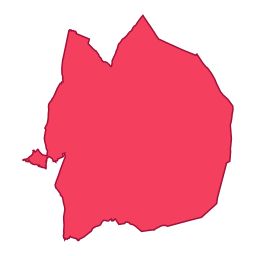 Amanalco, México, Mexico
{"feature_id": "50627088B28397416808425", "entity_name": "Amanalco", "entity_type": "district", "adm_level": 2, "iso_a3": "MEX", "parent_name": "Mexico", "parent_adm1": "México", "projection": "equal_earth", "projection_center": [-100.016, 19.256], "detail": "fine", "context": "isolated", "style": "filled", "palette": "rose", "viewbox_px": 256, "rotation_deg": 0, "n_neighbors": 0, "source": "geoboundaries", "source_scale": "gbopen_adm2", "svg_char_len": 5433}
<svg xmlns="http://www.w3.org/2000/svg" viewBox="0 0 256 256"><path d="M211.7,73.9L210.0,71.4L208.8,69.7L207.4,67.9L206.4,67.3L204.4,65.1L202.6,62.8L196.9,54.1L195.8,55.3L191.1,53.4L186.4,51.5L184.4,50.7L180.2,48.9L179.7,48.7L178.5,48.1L171.7,45.0L170.4,44.5L169.2,43.9L166.5,42.7L161.6,40.4L160.3,39.8L158.4,38.9L158.3,38.6L158.2,38.5L158.1,38.2L157.8,38.1L157.4,37.3L156.0,35.3L154.5,32.8L153.9,31.8L153.5,31.4L151.3,27.9L148.9,24.4L148.6,24.1L146.2,20.4L143.9,17.0L142.9,15.4L140.7,18.0L138.7,20.7L136.7,23.6L136.0,24.9L135.2,25.7L134.1,26.2L132.8,28.1L132.0,29.6L131.8,30.3L130.8,31.2L129.8,31.8L129.6,32.0L128.9,32.9L127.8,34.2L126.3,36.2L125.5,36.8L123.7,38.5L122.4,39.1L121.4,40.7L120.9,41.6L120.5,42.2L119.6,43.1L118.7,44.0L118.3,44.9L118.2,45.4L117.2,49.1L116.5,50.2L115.3,54.0L112.4,60.1L112.2,60.4L112.1,63.4L111.6,65.9L110.9,66.6L110.4,65.9L109.8,65.4L109.7,65.4L109.4,64.8L109.1,64.5L108.8,64.3L108.7,64.2L108.4,63.9L108.2,63.7L107.8,63.3L107.5,63.0L106.7,62.5L105.9,62.0L105.5,61.9L105.2,61.9L104.5,61.9L103.9,62.0L102.9,61.5L102.8,61.2L102.5,60.7L101.9,60.5L101.7,60.1L101.5,59.7L101.4,58.8L101.1,58.4L100.2,57.3L99.4,56.7L98.5,54.4L97.1,52.6L96.0,50.9L95.7,50.7L95.5,50.8L95.3,50.8L95.2,50.7L93.8,49.5L90.0,45.6L88.1,43.7L89.4,39.1L82.5,36.2L82.4,36.3L81.6,35.8L76.2,33.6L76.4,32.8L76.3,32.6L76.0,32.0L75.4,31.3L74.5,31.5L74.0,31.1L73.6,30.7L73.2,30.6L72.4,30.7L72.0,30.7L71.6,30.9L71.4,30.5L71.1,30.5L70.8,30.4L70.8,30.2L70.6,30.3L70.4,30.0L70.1,30.1L69.7,29.9L69.5,30.6L69.2,30.7L68.9,30.7L63.8,55.2L63.2,58.0L62.7,60.1L62.5,61.4L62.4,62.6L62.3,63.7L62.2,64.6L62.0,66.4L61.9,67.8L61.9,71.0L62.0,73.7L62.2,74.6L62.3,75.2L62.5,75.6L62.7,76.1L62.8,76.5L62.8,77.0L62.8,77.4L62.7,77.8L62.6,78.3L62.7,78.8L62.9,80.1L63.0,82.1L61.6,82.0L61.4,83.6L60.2,83.4L59.5,84.6L57.3,88.4L56.5,90.3L53.5,97.1L52.3,98.6L51.8,99.6L51.7,100.0L51.6,100.4L51.6,100.6L50.7,101.1L48.7,104.3L48.6,105.2L48.6,105.9L48.5,106.7L48.5,107.5L48.6,108.1L48.7,109.4L48.7,110.2L48.5,112.2L48.3,114.2L48.3,116.1L48.2,118.0L48.0,119.4L47.9,120.4L47.7,121.1L47.5,122.2L47.3,123.3L47.0,124.1L46.4,125.2L45.6,126.7L45.2,127.4L45.0,127.8L45.0,128.0L44.9,128.2L45.3,128.6L45.6,129.1L45.7,129.7L45.7,130.5L45.6,130.8L45.4,131.7L44.3,138.1L44.6,140.1L44.9,141.8L45.0,142.0L45.1,143.0L45.7,144.8L45.9,145.6L46.3,148.7L46.9,149.9L47.5,150.8L47.3,152.2L47.2,153.8L47.0,154.9L47.3,155.3L47.4,155.5L46.3,155.7L44.3,155.2L43.2,155.1L41.9,154.4L40.6,153.0L39.9,152.3L39.1,151.2L38.0,149.4L37.8,149.3L37.6,149.4L35.6,151.8L34.7,151.6L34.0,150.3L33.0,150.5L33.5,152.0L33.1,152.3L32.8,153.7L32.4,154.4L31.2,155.7L29.9,156.6L27.8,158.5L26.1,159.2L25.0,159.3L24.6,159.3L24.2,159.4L23.8,159.5L23.5,159.6L23.0,160.0L23.6,160.4L24.2,160.1L24.9,160.0L25.3,160.1L25.5,160.3L25.9,160.8L26.0,161.0L26.0,161.4L27.1,161.6L27.7,161.7L28.3,161.7L28.4,161.4L28.5,161.1L28.7,160.9L29.0,160.4L29.1,160.7L29.1,161.1L29.2,161.3L29.7,161.5L30.1,162.1L30.4,162.6L30.8,162.9L31.7,163.5L32.1,163.5L32.3,163.9L33.6,164.4L34.4,164.6L34.6,164.6L36.2,164.4L36.7,164.6L37.3,164.8L37.6,165.1L38.1,165.3L38.4,165.7L38.5,166.1L38.6,166.4L38.8,166.4L39.2,165.9L39.2,165.6L39.2,165.3L39.3,165.2L39.6,165.5L39.5,165.8L39.5,166.0L39.6,166.3L39.8,166.6L40.7,166.9L41.1,166.8L41.6,166.9L41.9,167.2L41.9,167.3L42.3,167.4L44.8,167.8L45.1,167.4L45.0,167.9L45.1,168.0L45.5,168.6L46.0,168.6L46.0,168.0L46.1,167.4L45.9,167.0L45.8,166.4L45.6,165.6L46.2,166.7L46.0,164.7L46.4,161.9L45.9,161.5L45.8,161.3L46.1,161.2L46.3,161.0L46.5,161.0L46.7,160.8L46.6,160.6L46.6,160.3L46.7,159.3L46.8,159.3L47.1,158.1L47.1,157.7L47.8,157.7L48.1,157.2L48.6,156.9L49.7,156.8L52.4,158.8L53.3,161.4L54.4,161.3L55.7,162.1L55.5,161.2L55.7,160.8L57.3,160.8L57.8,159.7L57.6,159.0L57.6,158.9L58.6,158.7L59.3,158.4L60.6,157.8L62.2,157.2L63.3,156.5L63.2,156.0L63.0,155.5L62.7,155.1L62.6,154.5L62.7,153.8L64.0,153.3L64.7,153.1L64.6,154.3L64.6,155.1L65.2,156.1L65.3,156.6L60.4,169.7L59.5,172.5L57.2,178.9L56.6,180.4L55.1,184.9L55.6,187.1L55.7,187.8L56.6,188.5L60.4,193.7L60.4,195.1L62.5,197.2L63.7,203.7L64.5,206.4L64.9,209.3L64.2,213.8L63.7,216.7L63.7,219.5L64.1,225.2L63.7,231.6L63.7,232.2L64.1,232.7L63.7,233.6L63.7,234.1L63.7,234.3L63.6,234.7L63.5,235.2L63.3,236.0L63.6,237.1L64.0,237.9L64.0,238.2L64.5,238.1L64.7,238.4L64.8,239.7L65.1,239.3L65.4,238.9L65.7,239.2L66.2,239.0L66.6,239.0L66.9,238.8L67.4,239.1L67.9,238.3L68.4,238.4L69.2,238.2L69.9,236.4L71.0,237.1L76.5,238.7L76.7,238.8L76.9,239.5L77.4,240.0L77.5,239.8L77.8,240.4L78.3,240.6L78.7,240.3L78.9,239.8L79.2,239.9L79.5,239.1L81.1,238.4L84.1,236.8L84.6,236.4L87.7,233.9L91.3,231.1L92.0,229.8L92.4,228.6L96.1,226.4L97.9,226.0L99.8,225.3L100.6,224.5L102.2,221.6L103.9,220.2L107.6,221.0L108.8,220.8L109.2,220.4L111.3,219.0L111.9,219.7L111.6,220.0L111.8,220.8L112.8,220.9L113.8,220.5L114.6,219.3L115.3,219.0L118.9,224.4L124.6,223.5L125.8,222.0L127.5,222.2L128.5,222.4L130.3,224.0L133.5,224.8L136.4,226.9L141.5,231.4L152.4,229.9L154.2,230.0L155.5,228.8L157.6,227.7L161.6,225.7L164.9,225.3L167.7,226.2L190.4,220.1L201.5,217.3L216.6,203.6L217.5,197.5L226.6,162.9L229.8,161.3L230.6,151.6L230.4,149.1L231.4,138.9L230.5,127.4L230.3,124.9L230.8,123.3L231.2,121.3L231.5,119.8L231.7,118.1L231.9,116.7L232.0,115.5L232.1,114.4L232.6,112.0L232.8,110.6L233.0,109.5L232.9,108.8L232.9,107.9L232.9,107.3L232.8,106.5L232.5,105.7L230.5,102.9L228.8,100.6L227.7,99.2L222.9,94.8L220.4,91.6L217.3,85.2L216.2,82.8L215.2,80.4L214.7,79.2L211.7,73.9Z" fill="#f43f5e" stroke="#9f1239" stroke-width="1.5"/></svg>